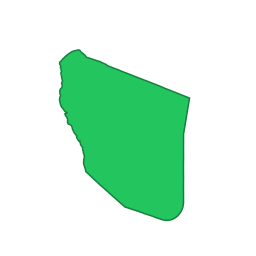 the district of Rarieda, Nyanza, Kenya, rotated 310°
{"feature_id": "3690345B79902810586974", "entity_name": "Rarieda", "entity_type": "district", "adm_level": 2, "iso_a3": "KEN", "parent_name": "Kenya", "parent_adm1": "Nyanza", "projection": "albers", "projection_center": [34.335, -0.244], "detail": "fine", "context": "isolated", "style": "filled", "palette": "green", "viewbox_px": 256, "rotation_deg": 310, "n_neighbors": 0, "source": "geoboundaries", "source_scale": "gbopen_adm2", "svg_char_len": 2977}
<svg xmlns="http://www.w3.org/2000/svg" viewBox="0 0 256 256"><g transform="rotate(310 128 128)"><path d="M65.5,176.3L65.9,177.2L66.1,177.8L66.5,178.9L67.0,180.0L67.4,180.9L67.7,181.8L68.1,182.9L68.6,184.1L69.2,185.4L69.4,186.1L69.6,186.5L70.8,189.5L73.6,197.1L75.1,200.8L76.3,203.9L77.2,206.6L79.7,213.1L80.5,214.6L81.2,215.9L82.2,217.1L82.6,217.5L83.0,217.9L83.8,218.7L85.0,219.7L86.4,220.6L87.9,221.3L89.2,221.8L90.3,222.1L91.5,222.4L91.9,222.4L92.8,222.6L94.8,222.6L96.5,222.5L98.2,222.3L98.7,222.2L99.2,222.1L100.3,221.7L100.9,221.5L101.6,221.3L103.1,220.7L104.5,219.8L105.5,219.3L106.3,218.7L110.6,215.1L113.2,212.9L121.7,205.7L125.9,202.3L129.0,199.6L135.3,194.3L140.9,189.7L144.3,186.8L146.1,185.3L159.0,174.5L171.9,166.9L175.5,164.7L190.5,155.9L189.1,151.8L183.6,135.1L182.2,131.1L180.8,126.4L179.6,122.6L178.0,118.0L176.1,112.2L175.0,109.2L169.4,92.6L167.4,86.7L166.8,84.6L165.8,81.7L164.7,78.7L164.1,76.9L164.0,76.4L163.8,75.9L162.6,72.0L162.5,71.5L162.6,70.8L162.6,70.1L162.3,69.5L162.1,68.9L162.0,68.2L161.8,67.5L161.6,67.0L161.5,66.5L161.3,65.9L161.2,65.1L161.1,64.5L160.9,63.9L160.6,63.3L160.4,62.8L160.1,62.2L155.5,50.6L155.6,50.2L155.6,49.7L155.8,49.3L156.0,48.9L156.1,48.4L156.2,47.9L156.1,47.3L156.1,46.6L156.2,46.1L156.2,45.6L156.1,45.2L156.1,44.8L156.0,44.3L156.0,43.9L155.9,43.3L156.0,42.7L156.4,41.6L156.5,41.2L156.3,40.6L156.2,40.0L154.6,38.8L153.1,37.6L151.3,36.4L149.1,35.5L147.1,35.0L144.9,34.4L142.9,34.1L141.0,33.9L139.5,33.7L138.7,33.6L137.0,33.7L136.2,33.7L135.3,33.4L134.8,33.4L134.4,33.5L133.3,34.3L132.6,35.5L132.5,36.0L132.3,36.5L131.7,37.1L131.2,37.2L130.8,37.3L130.5,38.4L129.6,39.3L129.2,39.9L128.5,40.8L127.1,41.1L126.0,42.4L125.2,43.5L124.6,44.2L123.9,44.8L123.2,45.9L122.7,46.6L122.0,47.4L121.5,47.8L119.7,48.2L119.1,49.1L118.9,49.5L118.7,49.9L117.8,50.8L116.3,51.3L115.9,51.3L114.8,51.2L114.4,51.2L113.9,51.4L112.5,51.8L111.8,52.8L110.8,53.5L110.1,54.4L109.9,55.1L109.1,55.8L108.7,55.8L108.2,55.9L107.1,56.4L106.5,56.8L105.4,57.5L104.9,58.2L104.3,59.0L103.7,59.8L103.1,60.5L102.4,61.5L101.9,62.4L101.4,63.5L101.2,64.4L101.0,65.9L101.0,66.3L100.8,66.9L100.3,68.1L100.1,69.3L100.1,69.8L100.7,71.2L99.8,71.6L98.4,70.5L97.6,71.7L97.2,72.3L97.2,73.3L97.0,73.9L96.8,74.4L96.3,75.5L95.5,76.4L95.1,76.9L93.6,77.8L92.9,79.0L92.6,79.7L93.0,80.5L93.3,81.7L93.4,82.1L93.4,82.7L93.2,83.7L92.6,84.7L91.8,85.7L91.6,86.0L91.2,87.0L90.9,87.5L90.6,88.0L90.1,88.8L89.9,89.4L89.6,90.9L89.2,92.4L89.2,93.5L88.2,94.2L87.8,94.7L87.6,95.1L87.2,96.1L87.1,96.5L86.9,97.0L86.5,98.1L86.3,98.6L87.2,99.3L86.3,100.1L85.7,101.3L85.1,101.9L84.7,102.6L84.3,103.7L84.2,105.2L83.4,106.1L82.9,106.6L82.6,106.9L81.9,107.7L81.5,108.6L80.8,109.1L80.4,109.7L80.1,110.1L79.4,111.2L79.1,111.7L78.9,112.0L78.1,112.9L77.3,113.5L76.3,113.9L75.9,114.1L75.3,114.4L74.2,115.3L73.0,116.2L72.1,117.0L71.7,117.6L70.9,118.9L70.5,119.5L70.2,119.9L69.7,120.7L69.4,121.2L68.6,122.4L67.9,123.3L67.5,123.6L66.5,142.0L65.5,176.3Z" fill="#22c55e" stroke="#15803d" stroke-width="1.5"/></g></svg>